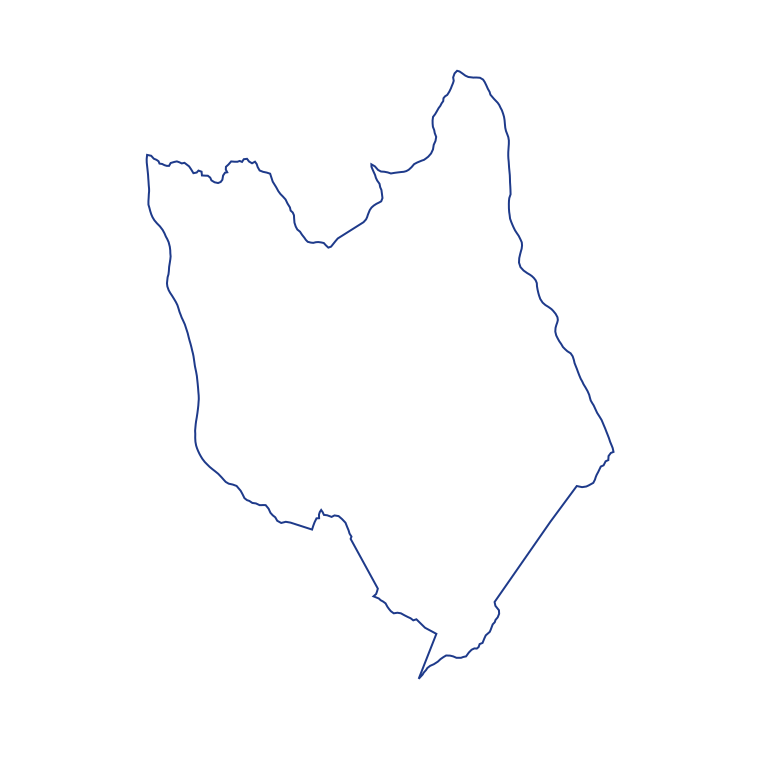 Tocantínia, Tocantins, Brazil, rotated 342°
{"feature_id": "56859067B6986223411705", "entity_name": "Tocantínia", "entity_type": "district", "adm_level": 2, "iso_a3": "BRA", "parent_name": "Brazil", "parent_adm1": "Tocantins", "projection": "robinson", "projection_center": [-48.142, -9.618], "detail": "fine", "context": "isolated", "style": "outline", "palette": "blue", "viewbox_px": 768, "rotation_deg": 342, "n_neighbors": 0, "source": "geoboundaries", "source_scale": "gbopen_adm2", "svg_char_len": 6162}
<svg xmlns="http://www.w3.org/2000/svg" viewBox="0 0 768 768"><g transform="rotate(342 384 384)"><path d="M581.3,519.5L581.7,515.5L581.5,512.6L581.2,508.9L581.2,505.0L581.0,501.4L580.8,498.4L580.6,494.6L580.3,491.3L580.1,488.7L579.8,485.4L578.9,481.6L577.8,477.4L577.4,474.3L577.1,471.7L576.8,469.2L576.1,466.4L575.5,463.6L575.6,460.7L575.8,457.7L575.4,453.7L574.6,449.7L573.7,446.0L573.3,442.8L572.7,439.8L572.4,436.1L572.2,432.3L572.1,429.1L571.9,426.2L571.7,423.0L572.0,419.9L572.0,416.0L571.0,412.5L568.5,409.5L567.0,406.9L565.6,404.1L564.9,400.8L563.9,397.5L563.3,394.4L562.8,391.0L563.1,387.1L564.5,383.6L566.1,381.2L567.8,379.0L569.1,376.9L569.6,374.1L568.9,370.3L567.5,366.7L566.4,364.5L564.2,361.5L561.9,358.8L560.0,355.6L558.9,351.5L558.8,347.9L558.9,345.2L559.2,341.8L559.7,338.3L560.5,335.3L560.3,332.3L559.3,329.5L558.0,327.1L556.6,325.2L554.4,322.7L551.8,319.2L549.9,315.0L549.9,310.3L551.5,306.1L553.6,302.6L555.2,300.1L556.7,297.9L558.1,294.9L558.8,291.9L558.5,288.9L557.9,284.8L556.9,281.4L556.1,278.4L555.6,274.9L555.3,271.9L555.1,269.2L555.0,265.7L555.7,262.1L556.2,259.1L557.1,255.5L558.4,251.3L559.5,248.3L560.6,245.9L563.0,242.7L564.3,238.3L565.2,235.0L566.2,231.1L567.3,227.4L568.2,224.2L569.8,217.0L571.3,211.1L572.0,207.9L572.7,205.3L573.8,202.0L575.6,197.5L576.9,194.3L578.0,191.0L578.5,187.7L578.4,184.7L578.2,181.1L578.5,177.8L579.3,174.2L580.2,170.3L580.7,167.0L580.8,163.7L580.7,160.1L580.2,157.3L579.8,154.2L579.0,151.6L577.9,149.3L576.7,146.8L575.7,144.4L574.6,141.7L574.7,138.8L574.0,135.4L573.6,131.6L573.1,128.0L572.3,125.1L569.9,122.4L566.4,121.0L563.7,120.2L561.3,119.1L559.1,118.1L556.7,115.9L554.4,112.7L552.4,110.1L550.3,108.7L547.1,110.4L544.5,113.8L544.0,117.2L542.5,119.3L540.6,121.5L539.0,123.5L536.5,126.1L533.5,128.6L530.9,129.3L528.9,130.6L527.7,133.3L525.5,134.9L523.5,136.9L521.3,138.4L518.8,140.7L516.0,143.2L513.2,145.1L511.7,148.2L510.7,151.4L510.0,154.5L510.2,158.0L509.8,161.0L510.0,165.1L508.1,168.7L505.2,171.9L503.1,176.0L500.0,179.3L496.3,181.5L493.5,182.5L491.2,183.2L489.0,183.2L484.0,183.6L480.6,184.2L477.2,186.3L473.7,187.9L471.0,188.4L468.5,188.3L465.8,187.7L463.3,187.2L459.6,186.5L455.6,185.9L452.9,183.9L449.8,182.2L446.8,181.0L444.5,178.6L442.6,174.2L439.9,171.2L439.2,173.5L439.4,176.1L439.7,179.0L440.1,182.5L440.0,185.4L440.4,188.4L441.6,192.2L441.2,195.7L441.5,198.7L440.9,202.0L440.0,206.7L437.8,209.4L435.3,209.9L432.5,210.3L429.5,211.1L426.7,212.3L424.3,214.1L422.6,216.1L421.0,218.0L419.5,220.1L417.8,221.9L414.5,223.8L385.0,231.3L381.9,233.2L378.1,235.7L376.1,237.0L373.2,237.1L371.6,234.2L370.3,231.3L367.9,229.9L365.4,228.7L363.0,228.1L360.3,227.9L358.1,226.9L355.4,225.2L354.2,222.8L353.5,220.4L352.1,216.6L351.2,213.2L349.3,210.3L348.7,207.0L348.7,202.9L349.7,198.7L350.5,195.7L350.2,192.7L348.8,190.2L349.1,187.0L348.0,182.5L347.4,178.1L345.8,174.5L344.2,171.3L343.1,168.0L342.3,163.7L340.7,157.2L340.7,153.0L340.7,148.8L337.8,146.7L334.5,144.8L331.7,142.5L330.9,138.7L330.9,135.5L330.0,132.7L326.7,133.3L324.4,130.7L323.3,127.5L320.1,126.9L317.6,128.9L315.7,127.3L313.1,127.3L310.5,126.4L307.4,125.1L303.9,127.2L300.8,128.6L299.8,131.2L300.3,134.2L298.1,133.9L295.4,136.0L293.4,139.8L291.1,141.4L288.3,141.6L285.2,139.8L282.8,137.0L282.5,134.0L280.8,131.5L278.1,130.5L275.3,129.4L276.1,125.7L273.5,123.7L271.2,125.0L267.9,124.6L266.9,120.3L265.9,116.8L264.4,114.6L262.6,112.0L259.8,111.7L257.9,109.9L255.8,108.3L253.2,108.0L249.4,107.9L247.0,110.1L244.8,109.4L242.8,108.0L241.0,106.2L238.6,105.0L238.4,102.5L236.9,100.5L234.7,98.6L233.1,95.0L229.5,92.9L227.8,96.7L226.8,100.0L225.6,105.8L224.9,109.1L224.2,112.3L223.4,115.4L222.7,118.3L221.7,122.2L220.9,125.7L220.2,128.0L219.0,130.8L217.7,134.2L216.5,137.2L215.4,140.6L215.3,144.1L215.1,147.4L215.1,150.8L215.4,153.9L216.2,157.3L217.7,161.0L219.6,164.8L221.1,169.1L221.8,172.9L222.1,176.4L222.6,178.9L223.0,182.6L222.7,187.3L222.0,190.9L221.2,193.6L220.5,196.7L219.3,199.4L217.8,202.4L215.8,206.3L214.3,210.1L212.9,213.1L211.2,215.6L209.8,218.7L208.7,221.2L208.1,224.3L208.2,228.2L208.8,231.3L209.7,234.5L210.6,238.2L211.4,241.8L211.9,245.2L211.9,248.5L211.8,252.2L212.0,255.6L212.1,258.3L212.5,261.2L213.0,265.8L213.0,270.1L213.0,275.1L212.7,279.0L212.5,282.7L212.4,286.1L212.2,289.5L211.9,292.9L211.7,296.0L211.4,298.7L210.9,301.7L209.7,308.6L209.4,311.3L209.1,314.2L208.5,318.5L207.7,322.3L206.9,326.1L206.0,330.1L205.0,334.2L204.2,337.7L203.2,341.1L202.0,344.0L200.8,347.0L199.3,350.3L197.7,353.7L195.5,358.1L193.8,361.3L192.6,363.8L191.3,366.8L189.9,370.1L189.1,373.1L187.8,376.9L186.8,380.7L186.3,384.5L186.3,387.4L186.5,390.2L186.9,393.4L187.4,396.0L188.1,399.0L189.5,402.9L191.0,405.9L192.6,409.0L194.7,412.3L196.4,414.8L198.6,418.2L200.8,422.8L202.1,425.8L203.2,428.2L205.5,430.8L209.1,432.9L212.3,435.4L214.7,441.3L215.5,445.7L216.0,449.4L217.8,452.1L219.8,453.6L222.0,456.4L225.3,458.0L228.3,460.8L231.3,461.7L234.0,462.6L235.7,466.9L236.2,471.4L237.6,474.5L239.4,477.2L240.2,481.1L243.3,484.4L248.0,484.7L252.2,486.9L270.6,500.2L272.9,497.0L275.2,494.1L278.3,490.9L280.8,491.6L281.8,488.1L283.4,485.9L285.3,484.4L286.1,487.1L286.4,489.9L289.4,491.3L293.1,494.2L296.3,493.7L300.0,495.6L302.4,499.6L304.5,504.0L304.8,508.6L305.1,512.3L305.0,515.6L305.9,519.1L304.4,521.0L314.9,576.7L313.3,579.1L311.6,581.3L308.4,582.7L312.8,586.4L314.0,588.6L315.9,590.6L317.7,593.1L318.4,596.9L319.3,599.7L320.3,602.2L322.4,605.1L326.1,605.7L329.2,607.3L332.0,610.3L334.7,613.0L336.9,615.0L338.8,617.8L342.1,617.8L347.7,628.5L356.6,637.8L325.9,675.1L330.9,672.3L332.7,670.7L335.5,669.1L337.5,667.5L340.8,666.3L344.8,665.9L349.4,664.7L352.8,663.1L356.1,662.1L359.2,661.4L363.0,662.8L365.7,664.5L368.3,666.8L372.7,668.2L375.1,668.1L377.9,668.4L381.7,665.6L385.2,663.8L388.2,663.4L390.5,664.3L392.7,663.4L394.6,660.9L397.7,660.7L400.8,657.0L403.1,654.5L408.0,652.4L409.6,650.6L413.1,646.2L415.7,644.8L417.2,642.8L420.0,641.1L422.5,638.1L423.4,634.7L421.4,629.4L421.8,625.5L499.7,566.4L535.8,540.6L540.5,543.3L544.7,544.0L547.3,543.7L552.5,542.7L555.1,540.1L556.5,538.1L558.1,536.2L560.5,533.9L564.7,529.5L567.7,529.2L570.9,526.0L573.8,525.7L575.3,521.9L578.4,519.7L581.3,519.5Z" fill="none" stroke="#1e3a8a" stroke-width="2"/></g></svg>